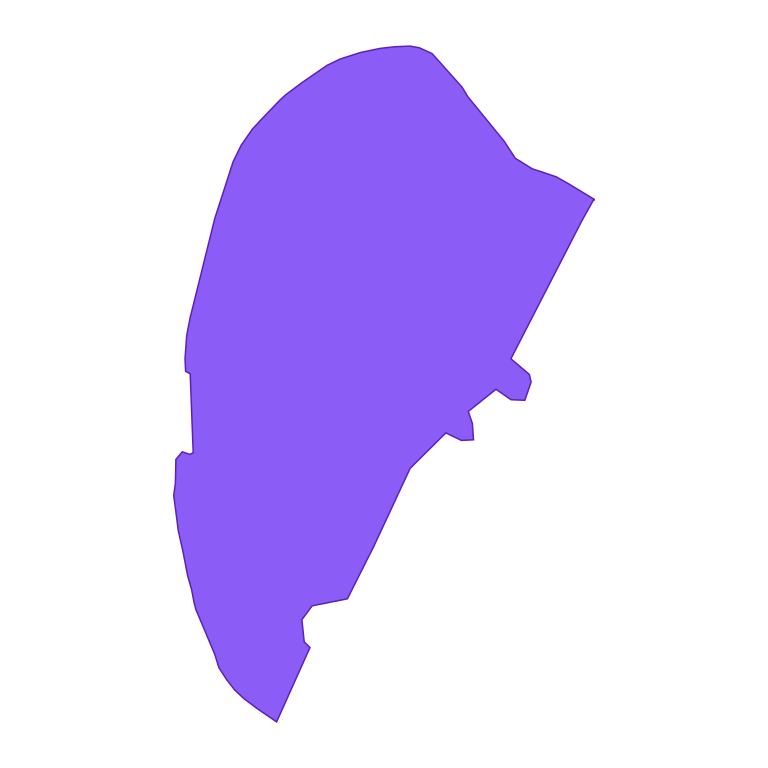 Niamina Dankunku, Central River, Gambia
{"feature_id": "56634734B21442074713298", "entity_name": "Niamina Dankunku", "entity_type": "district", "adm_level": 2, "iso_a3": "GMB", "parent_name": "Gambia", "parent_adm1": "Central River", "projection": "orthographic", "projection_center": [-15.324, 13.604], "detail": "fine", "context": "isolated", "style": "filled", "palette": "violet", "viewbox_px": 768, "rotation_deg": 0, "n_neighbors": 0, "source": "geoboundaries", "source_scale": "gbopen_adm2", "svg_char_len": 1271}
<svg xmlns="http://www.w3.org/2000/svg" viewBox="0 0 768 768"><path d="M276.6,721.9L308.1,651.7L310.0,647.6L304.2,641.8L301.9,619.7L302.3,619.1L312.2,605.8L347.4,598.8L348.1,597.4L361.5,570.8L367.1,559.6L373.9,546.2L376.0,541.6L386.8,518.5L394.0,503.0L410.1,468.4L445.5,433.2L445.8,432.9L461.4,440.4L462.1,440.4L463.5,440.3L473.5,439.8L473.3,436.8L473.3,436.5L472.4,423.6L468.3,411.4L495.7,389.5L496.0,389.3L511.0,399.7L524.8,400.3L527.4,392.9L531.1,382.0L529.4,374.5L520.4,366.8L513.5,361.0L512.2,359.9L511.0,358.7L512.4,355.9L513.0,354.7L581.7,221.1L593.8,199.4L594.3,199.7L594.3,199.4L568.4,183.7L556.2,176.8L532.0,168.7L521.0,161.8L515.3,158.3L504.3,141.4L467.9,96.8L462.1,87.2L432.1,53.6L419.4,47.8L410.1,46.1L395.1,46.7L380.1,48.4L360.5,52.5L340.4,58.9L327.1,65.3L316.2,72.8L301.7,82.8L286.2,94.4L279.8,100.2L260.8,120.0L252.2,129.3L251.1,131.0L241.3,145.0L233.2,161.5L214.8,218.4L190.2,317.5L186.7,335.5L185.0,358.7L185.6,371.4L190.2,373.8L193.2,452.7L189.8,454.4L182.3,451.8L175.9,459.4L175.4,483.2L173.7,495.4L175.6,509.6L176.0,512.8L178.3,530.8L183.0,551.7L187.6,575.5L191.7,590.0L194.0,602.2L195.7,609.1L203.3,627.1L214.8,654.4L218.9,667.7L226.4,679.3L234.5,689.8L244.3,699.0L257.6,708.9L276.6,721.9Z" fill="#8b5cf6" stroke="#5b21b6" stroke-width="1.5"/></svg>